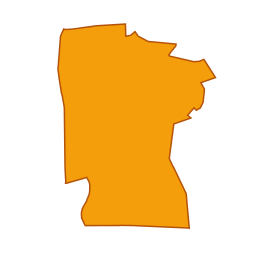 Mutare Urban, Manicaland, Zimbabwe, rotated 278°
{"feature_id": "62879985B34329227357286", "entity_name": "Mutare Urban", "entity_type": "district", "adm_level": 2, "iso_a3": "ZWE", "parent_name": "Zimbabwe", "parent_adm1": "Manicaland", "projection": "natural_earth1", "projection_center": [32.581, -18.995], "detail": "fine", "context": "isolated", "style": "filled", "palette": "amber", "viewbox_px": 256, "rotation_deg": 278, "n_neighbors": 0, "source": "geoboundaries", "source_scale": "gbopen_adm2", "svg_char_len": 1683}
<svg xmlns="http://www.w3.org/2000/svg" viewBox="0 0 256 256"><g transform="rotate(278 128 128)"><path d="M224.4,121.5L220.1,117.7L218.6,113.0L230.6,111.0L224.8,82.4L218.5,60.1L218.3,59.7L216.8,52.2L217.1,50.6L209.9,48.5L209.7,48.4L176.3,50.5L167.6,52.9L153.7,57.1L150.6,58.5L139.4,62.1L132.2,63.2L79.8,71.2L65.8,73.9L65.5,73.9L64.7,73.8L64.6,74.4L64.6,74.5L73.3,94.0L69.1,97.1L68.9,97.1L68.7,97.3L68.3,97.4L68.0,97.5L67.6,97.6L67.2,97.7L67.0,97.9L66.8,97.9L66.5,98.0L66.3,98.1L61.4,98.7L61.1,98.8L60.7,98.8L60.1,98.8L59.3,98.8L59.0,98.8L58.6,98.8L58.2,98.8L57.9,98.8L57.4,98.8L57.0,98.8L56.7,98.8L56.4,98.7L52.3,97.6L52.0,97.6L51.9,97.6L51.7,97.5L51.3,97.4L51.0,97.4L50.7,97.2L50.3,97.2L49.8,97.1L49.5,97.0L49.2,96.9L48.9,96.8L48.0,96.4L47.6,96.3L47.1,96.0L46.7,95.9L46.2,95.7L45.7,95.5L45.2,95.3L44.8,95.1L44.5,95.0L44.1,94.8L43.7,94.7L43.2,94.6L42.8,94.4L42.3,94.3L42.0,94.2L41.8,94.1L41.5,93.9L41.0,94.0L40.8,94.0L40.5,93.9L39.6,93.9L39.3,93.8L38.8,93.8L38.4,93.7L38.2,93.7L37.8,93.7L37.7,93.7L37.3,93.8L36.9,93.8L36.7,93.8L36.4,93.9L35.9,93.9L35.5,93.9L35.1,94.1L34.8,94.2L34.5,94.2L34.2,94.3L33.9,94.4L33.7,94.4L33.5,94.5L33.3,94.5L33.1,94.5L32.9,94.5L32.7,94.6L32.4,94.6L25.4,99.2L25.5,99.8L30.3,133.4L30.3,133.6L30.5,133.9L32.2,147.2L32.2,147.6L37.4,202.0L37.3,202.6L62.1,196.8L71.0,194.8L95.6,178.5L95.5,178.3L103.5,173.1L115.0,173.0L138.4,172.8L146.7,188.9L149.0,185.2L157.1,190.6L155.1,193.2L157.9,196.8L164.1,198.8L177.1,198.3L183.0,193.8L183.2,194.1L190.1,207.6L206.5,193.6L204.0,189.4L202.8,184.1L205.0,159.1L205.9,158.2L209.5,160.0L214.9,163.3L215.7,163.9L217.8,163.9L216.5,135.9L220.3,125.3L224.4,121.5Z" fill="#f59e0b" stroke="#b45309" stroke-width="1.5"/></g></svg>